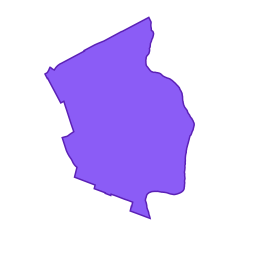 Bassendean, Western Australia, Australia, rotated 332°
{"feature_id": "25037944B70302192671386", "entity_name": "Bassendean", "entity_type": "district", "adm_level": 2, "iso_a3": "AUS", "parent_name": "Australia", "parent_adm1": "Western Australia", "projection": "equal_earth", "projection_center": [115.952, -31.906], "detail": "fine", "context": "isolated", "style": "filled", "palette": "violet", "viewbox_px": 256, "rotation_deg": 332, "n_neighbors": 0, "source": "geoboundaries", "source_scale": "gbopen_adm2", "svg_char_len": 5661}
<svg xmlns="http://www.w3.org/2000/svg" viewBox="0 0 256 256"><g transform="rotate(332 128 128)"><path d="M86.9,38.3L85.2,39.7L83.5,40.8L82.7,41.2L81.6,41.3L80.1,41.3L80.0,41.8L80.0,46.4L80.4,46.4L80.4,60.2L80.4,65.1L80.4,68.3L80.4,74.3L83.9,74.3L83.0,78.9L82.2,83.7L80.5,93.2L79.7,97.6L79.2,100.8L78.4,105.8L74.4,106.2L73.5,106.3L71.3,106.7L70.8,106.7L70.0,106.7L69.5,106.5L65.4,105.6L64.3,111.7L63.0,119.0L62.9,120.3L62.8,122.7L62.9,125.6L63.3,129.0L63.3,130.7L63.2,132.5L63.2,133.4L63.4,135.2L63.8,137.0L64.5,138.7L57.7,146.3L72.2,162.9L69.7,165.7L77.6,174.6L77.2,175.0L81.1,179.5L82.0,178.5L85.5,182.3L91.3,189.0L94.4,192.3L97.3,195.7L94.3,199.1L94.1,198.8L91.0,202.3L95.1,206.9L100.5,213.0L100.9,213.5L105.1,218.2L105.3,217.5L105.6,216.2L105.8,215.1L105.8,214.8L106.2,213.2L106.4,212.9L106.5,212.3L106.7,211.6L106.8,210.9L106.8,210.7L107.0,209.1L107.1,208.4L107.2,207.9L107.2,207.7L107.7,206.2L107.9,205.8L108.0,205.6L108.3,204.9L108.6,203.8L108.7,203.6L109.0,202.3L109.2,200.9L109.3,200.2L109.5,199.9L109.7,199.6L109.9,199.4L110.0,199.1L110.2,198.8L110.8,198.3L111.1,198.0L111.7,197.5L112.2,196.9L112.3,196.7L113.5,195.7L114.0,195.5L114.6,195.3L116.1,195.0L116.5,195.0L117.3,195.1L117.6,195.1L118.1,195.2L118.3,195.2L118.7,195.2L118.8,195.3L119.1,195.3L119.3,195.4L121.0,196.1L122.3,196.7L122.4,196.8L122.7,197.0L123.1,197.2L123.5,197.4L124.5,197.9L124.8,198.1L126.0,199.1L126.4,199.4L126.7,199.6L127.1,200.0L127.3,200.2L128.4,200.8L128.9,201.2L130.0,201.9L130.3,202.2L131.2,202.8L131.4,203.0L131.9,203.4L132.4,203.9L133.3,204.9L133.5,205.1L134.0,205.6L134.3,205.9L134.6,206.2L135.9,207.2L136.2,207.5L136.4,207.6L137.0,208.1L137.9,208.6L138.5,208.8L139.0,208.9L140.0,209.2L140.4,209.3L142.5,209.6L143.7,209.7L144.2,209.7L144.6,209.7L145.7,209.6L147.3,209.2L147.7,209.0L148.2,208.6L148.7,208.3L149.0,208.0L149.4,207.4L149.5,207.2L149.7,206.9L150.2,206.3L150.6,205.8L150.7,205.5L150.9,205.2L151.0,205.0L151.2,204.7L151.3,204.5L151.7,204.0L151.8,203.8L151.9,203.7L152.3,203.1L152.3,202.9L152.5,202.7L152.6,202.3L152.8,201.8L153.2,201.1L153.5,200.6L153.8,200.3L153.9,200.2L154.1,200.0L154.5,199.5L155.0,198.3L155.4,197.3L155.5,197.1L155.5,196.9L156.1,195.9L156.6,195.0L156.6,194.8L156.7,194.7L156.8,194.1L157.1,193.5L157.2,193.3L157.4,193.0L157.7,192.7L158.0,192.3L158.1,192.1L158.5,191.6L159.1,190.7L159.4,190.2L159.7,189.8L160.0,189.1L160.6,187.8L160.8,187.6L161.3,187.1L161.5,186.9L161.8,186.4L162.0,186.1L162.0,185.8L162.2,185.6L162.2,185.4L162.8,184.4L163.0,184.3L163.4,183.6L163.7,183.0L163.8,182.8L163.9,182.6L164.0,182.4L164.2,181.9L164.4,181.7L165.2,180.3L165.4,180.1L166.4,178.6L166.9,178.1L167.0,177.9L167.9,177.0L168.4,176.0L168.6,175.8L168.7,175.6L168.8,175.4L169.6,174.5L169.9,174.1L170.2,173.6L172.1,171.6L172.5,171.1L172.7,170.9L173.1,170.5L173.3,170.3L173.5,170.0L173.7,169.9L174.5,169.1L174.7,168.8L174.9,168.6L175.2,168.2L175.6,167.9L175.9,167.5L176.1,167.3L176.4,167.0L177.7,165.5L178.7,164.5L178.8,164.3L179.1,164.1L179.4,163.9L179.7,163.9L180.0,163.8L180.3,163.7L180.5,163.5L180.9,163.2L181.3,162.9L181.4,162.7L181.7,162.5L181.8,162.4L182.2,162.1L182.3,161.9L183.1,161.2L183.6,160.9L183.8,160.7L184.3,160.4L184.8,159.9L185.3,159.4L185.7,158.8L186.6,157.9L186.9,157.5L187.7,156.6L188.0,156.1L188.2,155.7L188.5,155.0L188.6,154.6L188.6,154.4L188.6,153.9L188.6,153.7L188.8,152.4L188.8,152.1L188.8,151.9L188.8,151.5L188.8,151.3L188.7,150.7L188.8,149.5L188.5,148.6L188.4,147.9L188.3,146.9L188.4,145.6L188.4,145.3L188.3,145.0L188.3,144.8L188.2,144.3L188.2,143.9L188.1,143.4L188.1,143.2L188.1,142.8L188.1,142.1L188.1,141.8L188.2,141.6L188.3,141.2L188.3,140.9L188.4,140.7L188.4,140.2L188.4,139.8L188.1,138.0L188.0,137.2L187.8,136.6L187.9,135.1L188.0,133.9L188.1,133.2L188.4,132.4L188.5,131.9L188.6,131.5L188.8,131.0L189.1,130.2L189.1,129.7L189.2,129.4L189.8,128.1L189.9,127.9L190.1,127.4L190.8,126.1L191.7,123.4L191.8,123.2L192.0,122.7L192.0,121.7L192.1,121.0L192.1,119.8L192.0,118.6L192.0,118.3L192.1,117.6L192.2,116.7L192.2,116.3L191.9,115.1L191.9,114.8L191.8,114.4L191.6,113.9L191.6,113.7L191.2,112.6L191.2,112.4L190.7,110.5L190.4,109.7L190.1,109.0L190.0,108.7L189.8,108.0L189.7,107.8L189.5,107.4L189.1,106.3L188.6,105.6L188.5,105.1L188.4,105.0L188.0,104.3L187.1,103.2L186.7,102.9L186.3,102.5L184.5,100.3L184.4,100.2L184.2,99.9L183.3,98.5L182.2,95.4L181.6,94.6L181.1,94.0L180.9,93.9L180.1,93.1L179.9,93.0L179.8,92.9L179.2,92.5L178.4,91.8L178.2,91.6L177.5,91.2L177.0,91.1L176.7,90.8L176.4,90.6L175.8,89.8L175.5,89.6L174.9,88.5L174.7,88.1L174.7,87.8L174.5,87.2L174.4,86.8L174.4,86.4L174.3,86.1L174.0,84.3L174.0,84.1L173.9,83.4L173.7,82.7L173.5,81.6L173.5,81.4L173.6,81.2L173.9,80.1L174.4,78.9L174.6,78.4L174.8,78.1L175.0,77.7L175.5,76.6L175.6,76.4L176.5,75.4L176.9,74.6L177.1,74.3L177.7,73.8L177.9,73.7L178.0,73.5L178.5,73.2L179.7,72.8L179.8,72.7L180.0,72.6L180.7,72.4L180.8,72.3L181.5,72.0L181.8,71.5L182.2,71.2L182.6,70.8L183.3,70.0L183.4,69.8L183.7,69.3L183.9,68.9L184.2,67.9L185.6,66.8L187.5,63.9L188.2,63.3L188.7,62.9L189.1,62.6L189.5,62.2L189.8,61.9L189.9,61.7L190.8,60.9L191.3,60.5L191.7,60.3L192.4,59.6L192.7,59.4L192.8,59.2L193.5,58.5L193.6,58.4L193.7,58.2L194.0,57.9L194.7,57.0L194.8,56.8L194.9,56.7L194.9,56.4L195.1,56.0L195.2,55.2L195.3,54.4L195.2,54.1L195.0,53.7L194.8,53.5L194.5,52.9L194.5,52.7L194.7,52.4L194.8,52.1L195.3,51.0L195.9,49.1L196.1,48.7L196.3,48.2L196.6,47.7L196.8,47.3L196.9,47.1L197.4,46.5L198.1,45.3L198.3,40.1L168.0,40.0L167.6,39.8L147.4,39.9L145.7,39.7L140.7,39.2L137.8,39.0L125.6,39.0L125.6,39.6L117.7,39.6L105.1,39.6L99.3,39.6L98.4,39.5L97.3,39.6L95.3,39.9L93.4,40.5L91.8,41.2L90.2,42.2L89.5,41.3L88.6,39.8L88.7,39.7L88.0,38.2L87.7,37.8L86.9,38.3Z" fill="#8b5cf6" stroke="#5b21b6" stroke-width="1.5"/></g></svg>